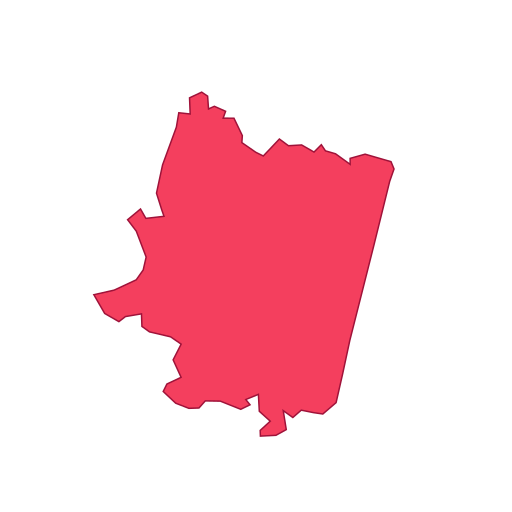 Caroline, Virginia, United States of America (Mercator projection), rotated 154°
{"feature_id": "52423323B80552302614844", "entity_name": "Caroline", "entity_type": "district", "adm_level": 2, "iso_a3": "USA", "parent_name": "United States of America", "parent_adm1": "Virginia", "projection": "mercator", "projection_center": [-77.316, 38.015], "detail": "fine", "context": "isolated", "style": "filled", "palette": "rose", "viewbox_px": 512, "rotation_deg": 154, "n_neighbors": 0, "source": "geoboundaries", "source_scale": "gbopen_adm2", "svg_char_len": 1107}
<svg xmlns="http://www.w3.org/2000/svg" viewBox="0 0 512 512"><g transform="rotate(154 256 256)"><path d="M93.8,273.7L93.3,281.6L113.3,299.7L128.6,302.5L131.2,297.1L139.7,313.0L147.5,320.1L148.5,327.4L158.3,324.0L166.3,335.8L178.5,340.9L183.7,350.9L205.6,342.7L210.7,349.3L219.0,364.1L215.5,370.2L215.4,389.5L225.1,394.3L219.9,399.4L227.8,408.8L234.2,409.0L229.4,420.9L233.0,427.1L246.4,427.3L252.9,412.5L262.6,418.6L271.1,406.7L300.0,378.9L317.9,356.1L320.5,338.7L321.3,332.0L338.5,338.1L339.2,348.9L355.5,344.9L352.7,330.8L355.2,303.2L363.5,292.9L374.1,287.1L398.4,287.5L418.7,292.3L417.2,270.7L408.0,257.1L399.9,258.8L384.3,254.2L389.4,242.7L385.0,234.5L368.2,220.8L361.9,209.6L376.0,199.0L376.5,179.8L392.2,180.0L398.8,174.9L392.7,158.9L383.1,148.5L373.9,144.4L365.1,148.0L351.7,141.2L336.9,124.9L326.6,124.9L328.1,131.5L314.5,130.6L321.1,115.0L315.6,101.3L328.7,97.4L331.0,92.2L316.7,86.1L304.9,86.7L299.3,105.1L293.7,94.7L282.9,97.6L273.1,90.1L265.2,84.7L248.3,89.1L229.7,112.2L208.6,139.1L164.4,191.4L145.4,213.9L103.1,264.5L93.8,273.7Z" fill="#f43f5e" stroke="#9f1239" stroke-width="1.5"/></g></svg>